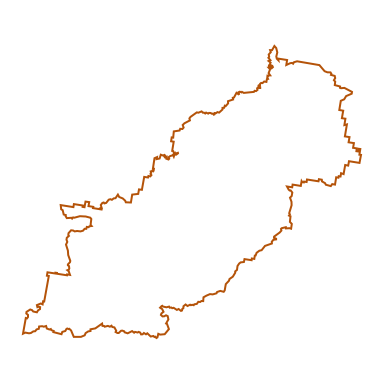 Uralla, New South Wales, Australia, rotated 270°
{"feature_id": "25037944B63393422883772", "entity_name": "Uralla", "entity_type": "district", "adm_level": 2, "iso_a3": "AUS", "parent_name": "Australia", "parent_adm1": "New South Wales", "projection": "robinson", "projection_center": [151.405, -30.485], "detail": "fine", "context": "isolated", "style": "outline", "palette": "amber", "viewbox_px": 384, "rotation_deg": 270, "n_neighbors": 0, "source": "geoboundaries", "source_scale": "gbopen_adm2", "svg_char_len": 5889}
<svg xmlns="http://www.w3.org/2000/svg" viewBox="0 0 384 384"><g transform="rotate(270 192 192)"><path d="M173.8,62.7L169.5,63.7L168.9,65.8L167.9,65.6L165.9,66.8L166.2,71.4L165.4,72.1L166.6,73.1L166.3,74.3L167.8,79.9L167.5,85.7L166.3,90.3L165.0,91.3L159.2,90.6L158.0,91.6L157.7,89.4L156.8,88.6L157.1,86.8L155.2,86.3L155.2,84.6L153.3,83.0L152.6,80.5L153.0,77.1L152.6,74.7L153.5,73.1L153.7,71.1L150.8,68.5L148.9,68.3L148.1,68.9L146.2,66.8L144.3,66.5L142.1,67.3L139.4,66.0L133.4,67.9L129.0,68.2L123.1,70.3L121.8,70.0L119.6,67.9L118.7,67.9L117.9,69.0L115.6,69.3L114.4,68.8L113.8,67.4L112.8,68.7L109.1,70.0L109.6,67.1L108.7,67.0L110.3,56.8L111.1,56.9L111.3,55.4L110.5,55.3L111.7,47.5L108.3,46.9L108.0,48.8L82.5,44.2L82.7,43.1L79.6,42.6L80.5,40.8L78.9,36.9L76.8,37.4L77.3,38.8L76.9,40.1L74.9,40.0L73.7,38.1L71.7,36.9L72.5,33.2L73.9,32.0L74.5,30.2L72.1,26.5L70.5,26.3L69.1,28.0L67.0,28.0L65.6,27.0L66.0,25.8L50.3,23.0L51.4,25.3L50.7,29.0L51.0,30.9L52.6,33.3L52.8,35.2L54.6,36.6L55.2,38.8L57.5,39.1L57.8,42.2L57.3,43.8L58.0,46.1L55.5,46.8L54.5,49.4L55.0,50.8L53.9,51.3L53.0,53.7L51.9,53.4L49.8,61.5L52.1,62.3L53.0,65.3L55.0,66.4L55.5,67.2L54.9,68.6L55.2,69.3L53.5,71.1L47.1,73.8L47.1,80.9L48.7,84.7L50.9,85.6L52.6,88.2L53.0,90.5L54.7,90.5L55.6,95.3L60.4,102.1L58.1,102.5L58.0,104.1L57.3,104.7L58.1,107.9L57.3,109.9L58.3,111.5L57.0,112.3L56.6,114.4L53.3,116.2L52.0,115.6L51.0,117.4L51.0,118.7L53.2,121.0L53.4,122.2L52.7,124.2L51.7,124.6L50.7,127.7L52.9,132.1L51.3,134.1L52.1,135.0L51.5,137.7L52.1,138.7L51.4,140.2L49.6,141.1L49.7,142.6L51.0,143.9L49.7,146.0L50.7,147.3L47.5,150.7L48.0,153.4L47.0,154.4L47.3,155.3L46.0,156.4L46.6,157.4L50.2,158.3L49.4,160.1L49.8,164.7L54.9,168.9L60.1,167.0L60.5,166.1L64.6,168.4L67.9,167.7L68.7,166.0L67.7,164.2L67.6,162.5L69.1,160.9L70.5,161.4L72.2,163.5L74.9,162.2L76.3,160.1L77.9,161.6L78.2,162.3L77.5,162.8L76.7,166.4L77.4,169.1L76.3,169.7L76.5,171.3L75.8,172.2L76.2,173.6L74.1,176.9L75.0,178.6L73.1,181.0L73.5,182.0L75.1,182.3L75.7,183.3L77.8,183.5L79.5,185.6L78.0,187.5L79.3,190.1L78.8,190.9L79.2,192.2L78.8,193.7L79.7,194.3L80.1,196.8L82.2,198.3L82.0,200.1L83.0,201.5L82.9,203.2L86.7,203.5L88.4,206.5L89.9,210.0L89.6,212.7L90.7,216.5L92.0,217.1L93.1,220.3L92.2,223.7L93.6,224.7L99.9,225.8L103.3,229.0L105.0,229.5L107.3,232.8L111.2,235.2L112.6,235.2L114.1,237.0L118.0,237.5L120.5,239.2L121.6,240.6L122.0,243.9L124.9,244.5L123.8,251.6L125.5,251.8L125.1,254.3L128.4,254.8L128.5,255.6L131.2,256.6L133.3,259.4L133.8,261.6L138.1,265.0L140.5,271.9L142.3,271.8L144.2,273.4L144.6,276.1L145.3,276.1L146.3,274.0L147.4,274.1L151.5,279.7L153.4,281.4L155.1,281.0L155.8,281.7L156.8,285.8L155.6,285.9L155.8,289.5L155.3,291.1L160.1,291.8L162.1,289.9L167.7,290.5L168.4,289.0L169.7,289.9L170.8,289.2L178.8,291.6L182.2,291.5L186.3,290.0L188.0,291.7L191.5,292.3L193.6,290.6L193.5,289.6L194.5,288.6L197.5,287.0L196.7,292.2L199.4,292.6L198.1,300.8L202.9,301.6L201.8,302.3L201.6,303.9L202.4,304.1L202.0,306.6L204.5,307.0L202.7,318.5L204.8,318.9L204.3,321.8L202.6,322.0L200.8,325.1L199.3,325.8L197.9,330.8L199.9,332.2L199.4,335.0L206.7,336.2L206.3,338.4L207.8,338.7L207.5,340.5L210.8,341.1L209.9,343.6L219.0,345.2L218.4,348.2L222.8,349.0L221.1,359.5L229.1,361.0L229.3,359.4L235.0,360.3L235.2,358.8L232.5,358.4L232.8,356.4L235.6,356.8L236.2,353.1L240.9,353.9L241.7,348.6L246.9,349.5L247.6,344.9L259.6,346.9L258.9,344.4L265.3,345.4L265.8,341.9L273.3,343.2L274.0,339.3L283.2,340.8L284.7,344.2L287.9,346.1L290.3,351.7L292.1,352.0L296.1,344.4L295.8,341.0L296.2,340.0L297.5,340.1L298.9,334.8L302.4,335.2L303.8,333.9L305.9,335.2L308.1,334.7L309.1,331.0L310.1,331.4L311.6,330.5L311.7,327.4L312.8,324.6L318.9,319.4L322.7,297.1L321.8,294.0L320.3,293.1L321.1,292.1L320.8,290.2L319.0,286.3L324.0,287.1L325.4,278.1L323.7,278.4L325.3,276.8L327.5,276.3L331.6,277.3L336.0,276.2L338.0,274.4L333.9,272.1L333.9,270.1L331.8,270.8L329.5,268.7L327.2,269.2L326.2,268.4L323.8,270.4L323.0,268.6L321.4,270.6L319.4,269.7L318.6,271.3L317.6,269.9L318.1,268.9L317.5,268.8L316.5,270.7L317.7,272.5L316.9,272.9L315.6,271.5L315.9,269.0L314.7,270.1L310.9,268.6L308.6,270.2L308.4,267.6L307.6,267.9L306.9,267.2L305.1,268.0L304.9,266.9L302.1,266.4L302.5,264.2L300.9,262.5L301.1,261.2L300.2,260.1L298.7,260.0L298.7,258.7L298.0,258.4L296.8,260.2L296.0,260.2L296.1,257.7L295.7,257.1L294.1,257.5L292.9,256.0L293.2,254.6L292.1,253.9L291.1,243.8L292.1,242.0L291.6,241.5L292.3,239.8L291.8,238.6L290.0,239.0L289.7,238.5L291.2,236.5L286.5,234.0L286.2,232.8L284.5,233.1L282.8,228.0L280.6,228.1L277.9,225.7L278.3,224.8L276.2,224.1L276.1,222.5L274.5,222.5L271.4,219.1L271.9,217.4L270.9,216.1L271.0,214.7L269.7,214.6L269.3,213.8L270.4,212.8L270.3,211.7L271.0,210.7L271.1,209.0L270.4,208.2L271.4,206.1L270.5,205.2L271.4,203.8L271.3,202.9L272.6,201.6L271.3,198.4L271.6,196.8L267.1,190.5L265.6,189.4L263.6,189.9L260.7,184.4L259.0,182.7L256.4,183.6L255.0,182.4L255.2,180.2L253.5,179.6L252.6,173.8L246.4,173.2L246.6,171.7L242.7,171.1L242.3,173.7L233.1,172.2L232.9,173.2L231.2,173.9L230.7,176.4L231.2,177.9L230.7,178.0L229.3,176.1L229.5,174.5L227.4,173.8L228.7,173.2L229.8,173.6L228.5,172.1L228.0,170.3L226.7,168.5L225.3,169.2L224.5,168.5L225.3,166.3L227.2,166.5L226.6,165.0L227.8,164.1L228.5,165.0L229.1,164.5L228.5,163.0L229.3,160.8L225.5,159.6L224.9,156.7L226.9,157.0L225.8,154.5L215.2,152.9L215.2,153.9L213.2,153.6L212.6,153.1L213.1,152.3L212.6,150.7L211.0,151.1L210.1,150.5L208.9,151.4L207.6,150.3L208.0,148.4L206.5,148.0L207.1,144.2L194.2,141.9L194.6,139.0L190.1,138.2L189.4,132.2L181.5,130.9L181.7,125.8L183.3,125.2L185.6,122.7L187.0,119.2L189.4,117.9L185.8,115.5L185.6,113.7L184.2,111.9L184.8,110.4L184.3,108.7L181.1,106.2L180.6,104.4L181.5,103.7L181.1,102.4L179.0,100.8L176.5,101.5L175.8,100.2L175.4,101.8L174.5,101.6L175.9,93.0L176.9,93.2L177.0,94.2L177.9,88.5L181.9,89.2L182.4,85.5L176.8,84.5L177.1,82.6L178.5,82.8L179.9,73.9L176.9,73.4L178.9,60.7L174.7,61.2L173.8,62.7Z" fill="none" stroke="#b45309" stroke-width="2"/></g></svg>